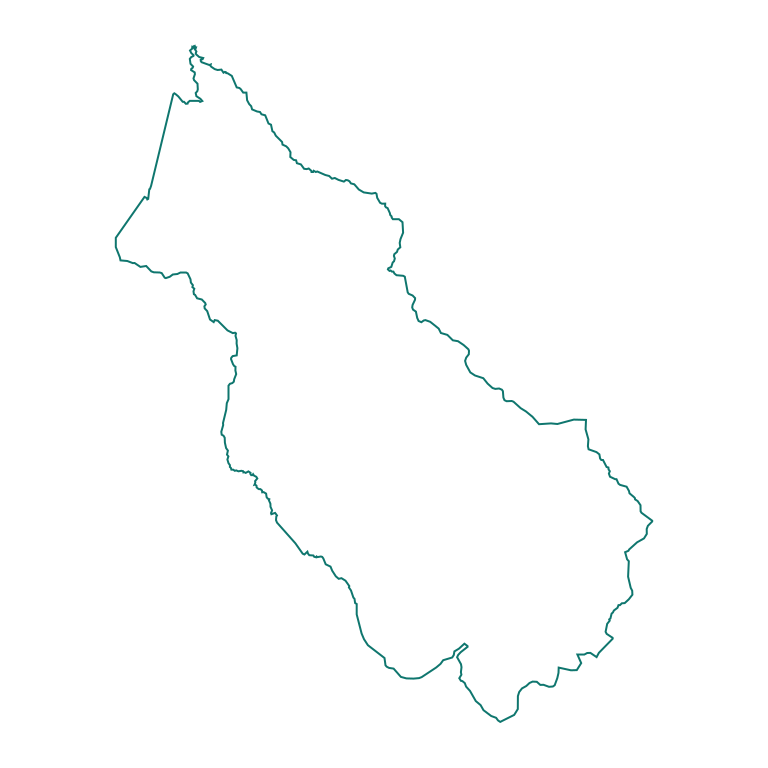 outline of Maynas, Loreto, Peru
{"feature_id": "86281439B40534422566691", "entity_name": "Maynas", "entity_type": "district", "adm_level": 2, "iso_a3": "PER", "parent_name": "Peru", "parent_adm1": "Loreto", "projection": "robinson", "projection_center": [-74.266, -2.675], "detail": "fine", "context": "isolated", "style": "outline", "palette": "teal", "viewbox_px": 768, "rotation_deg": 0, "n_neighbors": 0, "source": "geoboundaries", "source_scale": "gbopen_adm2", "svg_char_len": 6064}
<svg xmlns="http://www.w3.org/2000/svg" viewBox="0 0 768 768"><path d="M459.3,678.2L460.9,680.8L462.4,681.1L464.8,683.1L466.1,686.6L470.0,690.9L475.8,701.1L480.6,705.1L483.5,710.2L491.2,716.0L496.1,717.8L498.0,720.4L500.2,721.9L514.2,714.9L517.8,709.1L517.9,696.1L519.2,692.0L522.0,688.4L526.3,686.0L529.5,683.0L532.6,681.6L536.8,681.8L540.3,684.9L543.5,684.8L549.0,686.8L552.9,686.5L554.7,685.2L557.3,678.1L558.5,672.9L558.7,667.6L571.0,670.3L576.8,670.1L581.2,663.1L577.4,654.5L584.4,654.5L587.2,653.0L590.4,652.9L596.6,657.1L598.9,652.8L612.7,638.7L612.6,637.8L606.7,633.9L605.6,631.8L607.2,623.8L609.7,620.7L609.2,619.4L610.4,618.5L611.6,613.6L612.9,612.5L613.9,610.5L617.5,607.8L618.5,605.1L620.0,605.1L621.8,603.3L624.7,603.1L628.9,599.2L632.4,594.7L632.2,590.7L630.7,587.8L628.1,576.7L628.8,561.2L627.1,559.3L625.1,552.2L628.4,550.8L629.2,549.4L637.1,542.3L644.0,538.4L646.8,533.9L646.7,529.0L647.9,525.8L652.2,521.5L652.2,520.7L641.5,512.8L640.6,511.3L640.5,505.2L637.6,501.0L635.1,499.4L634.9,498.1L634.0,497.1L629.5,493.3L629.0,491.0L626.6,486.7L620.1,484.9L618.5,483.7L616.5,479.2L615.2,479.2L610.0,476.7L608.9,473.6L609.8,471.2L608.6,469.5L608.4,467.5L606.6,467.0L603.0,460.0L601.3,460.0L600.1,458.5L599.4,454.4L596.5,452.1L588.6,449.3L587.9,446.2L588.4,439.4L585.6,429.4L586.0,419.9L573.8,419.6L557.4,424.0L551.0,423.4L539.0,424.2L532.6,416.9L525.9,411.4L520.7,408.2L513.5,401.7L511.7,401.0L506.6,401.2L504.5,400.2L503.4,397.6L502.9,391.2L501.9,389.7L499.1,388.5L495.3,388.9L492.5,388.0L487.6,383.6L483.3,378.2L475.0,375.5L470.3,372.4L466.2,364.9L465.1,360.9L466.2,357.6L468.8,354.3L469.0,350.8L468.4,349.3L463.6,345.0L458.0,341.2L452.8,340.3L447.4,334.9L440.9,333.0L438.7,328.6L430.2,321.8L425.4,320.1L423.7,320.5L421.4,322.2L418.6,321.0L417.2,317.9L415.9,311.6L413.0,309.6L412.2,307.4L412.6,304.9L415.0,299.8L415.1,298.1L412.6,295.5L408.7,293.8L407.7,292.3L404.8,276.7L403.2,275.8L396.5,275.2L394.4,273.5L393.4,271.6L391.9,271.6L390.6,270.5L389.5,270.9L387.9,269.4L388.3,268.3L391.3,266.9L392.7,262.5L394.0,261.3L394.8,258.5L393.9,255.9L394.3,254.2L397.0,251.9L397.8,249.5L400.3,247.3L399.7,242.9L400.5,239.1L403.1,232.7L402.5,222.2L398.9,219.2L392.9,219.2L391.7,217.6L391.6,216.4L390.2,214.9L389.9,213.2L387.6,208.1L385.9,207.3L385.1,206.1L385.2,203.6L382.0,203.7L380.1,202.8L377.2,197.8L376.5,193.8L375.4,192.9L371.8,193.6L363.7,192.4L358.8,189.5L354.3,184.3L350.9,183.4L349.5,181.3L347.8,180.3L345.9,180.0L343.9,181.6L338.5,179.9L334.8,178.0L332.0,178.7L329.2,176.0L325.3,175.0L317.3,171.5L315.8,172.0L313.7,170.8L313.1,172.0L311.5,172.0L311.3,170.8L308.7,168.5L306.7,169.1L304.1,168.8L300.9,164.4L296.9,163.2L296.1,160.3L293.7,159.9L290.3,157.0L290.5,152.2L288.2,148.3L286.2,146.3L282.5,144.6L282.1,142.0L275.8,135.7L274.2,132.5L272.4,131.2L271.0,124.7L268.5,123.5L265.2,115.3L261.5,114.3L260.0,112.0L257.1,111.5L252.1,109.4L251.2,106.2L249.2,104.1L247.1,100.2L246.4,92.6L243.2,92.6L240.7,89.1L239.4,88.0L236.7,87.4L231.8,75.9L227.5,73.2L226.2,73.1L225.8,72.1L224.8,71.9L223.5,72.7L221.4,69.6L217.6,70.0L214.7,69.1L211.2,66.7L210.4,65.7L210.7,64.5L209.3,65.0L201.6,62.2L200.8,61.1L200.7,59.7L202.6,59.2L203.2,58.0L199.2,57.0L196.2,54.4L195.7,53.2L196.4,51.5L194.6,48.9L195.5,48.8L196.0,47.4L195.3,47.4L195.0,46.6L194.7,47.1L194.0,46.1L193.3,46.6L193.6,47.4L192.3,46.8L192.1,48.7L190.0,50.5L191.3,53.1L193.6,55.2L193.4,56.0L191.2,57.1L189.8,58.9L190.5,63.8L193.1,66.5L192.7,67.7L191.2,69.0L191.1,70.1L194.7,72.4L194.9,74.2L193.5,78.4L194.1,80.2L197.5,83.7L197.8,89.3L197.3,91.2L195.7,93.0L196.4,96.2L200.4,98.8L202.3,101.0L200.1,101.9L198.9,100.9L189.7,100.9L187.9,102.5L187.6,103.6L185.9,103.8L184.0,101.8L182.7,101.8L178.3,96.4L175.7,94.2L174.3,93.3L173.2,94.3L151.1,185.8L150.0,188.9L149.3,189.3L148.2,198.9L147.3,199.4L146.7,198.0L144.5,196.9L115.8,237.8L115.8,247.1L119.8,257.2L120.5,260.4L127.3,261.0L132.8,263.1L134.6,263.0L140.4,266.9L146.2,266.0L151.3,271.4L153.8,272.3L159.7,272.5L161.7,273.1L164.7,277.7L165.8,278.1L169.7,276.8L172.8,274.5L177.4,274.0L180.5,272.5L186.1,272.5L187.7,273.4L190.5,279.3L190.9,282.6L192.9,285.2L192.4,287.1L194.3,288.7L193.5,291.3L193.9,294.2L195.1,294.9L197.1,298.3L201.8,299.5L205.2,303.0L205.7,304.5L204.4,306.3L204.7,308.4L207.2,311.1L210.0,319.5L213.7,322.1L214.7,320.1L217.8,320.7L227.5,330.4L232.8,333.1L235.1,332.7L236.0,333.4L235.5,335.9L236.7,340.1L236.6,343.6L237.4,348.2L236.7,355.4L232.7,356.1L231.3,357.7L231.0,359.0L233.0,364.2L234.2,366.0L235.5,366.7L235.4,370.5L236.2,374.1L234.2,379.2L233.8,381.7L232.3,383.1L229.9,383.8L228.5,385.7L228.5,399.2L226.8,403.2L226.2,409.9L223.0,423.1L223.2,425.0L221.3,431.8L221.7,434.7L223.5,435.7L224.7,437.7L224.9,442.7L226.1,448.1L227.9,450.6L227.0,454.6L228.4,456.4L227.4,459.5L228.5,463.2L229.9,465.1L229.9,467.0L230.9,467.9L231.4,469.7L233.3,469.7L234.8,470.8L236.2,470.4L238.4,471.3L241.4,470.8L243.1,471.2L243.4,472.3L243.9,472.0L245.7,472.9L248.4,471.4L250.5,472.8L250.3,473.8L251.2,475.1L252.5,475.1L253.1,474.2L254.0,475.6L256.3,476.8L257.3,478.5L255.1,481.1L255.3,482.7L254.5,484.7L255.1,484.5L256.5,485.7L256.6,487.3L257.6,488.3L258.9,489.1L260.4,489.1L262.0,490.5L262.2,492.3L263.6,492.1L266.1,493.6L266.6,497.1L267.7,498.6L269.3,499.2L268.9,500.3L270.4,503.7L270.5,506.8L272.1,510.4L271.0,513.1L271.4,514.2L275.1,512.9L277.0,515.5L276.3,516.5L276.0,520.1L277.0,522.6L295.3,543.2L302.7,553.7L304.4,554.5L307.4,551.7L308.0,553.6L309.3,555.2L313.4,555.5L314.2,556.8L316.2,557.3L316.6,556.5L317.5,557.1L320.9,556.5L322.2,556.9L323.3,558.4L325.7,564.3L330.5,566.6L332.2,570.7L335.8,576.3L338.7,578.8L341.5,578.2L345.5,580.7L349.3,586.1L348.9,587.4L351.0,590.5L353.4,597.6L354.5,598.8L355.1,603.0L356.7,604.0L356.7,614.4L361.6,633.5L364.0,639.2L367.9,645.2L384.5,658.0L385.5,665.3L386.7,666.7L389.0,667.9L393.6,668.6L400.9,676.9L406.4,678.4L413.6,678.6L419.1,678.1L421.7,677.1L436.2,667.5L440.5,663.9L443.2,660.2L452.2,657.5L453.8,655.0L454.4,651.4L458.9,648.7L464.4,643.7L467.5,646.0L467.6,646.8L460.7,652.2L458.2,654.9L457.1,657.2L461.0,664.2L461.5,667.2L460.9,672.2L461.4,674.7L459.3,678.2Z" fill="none" stroke="#0f766e" stroke-width="2"/></svg>